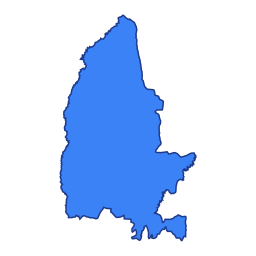 Masi-Manimba, Bandundu, Democratic Republic of the Congo (Robinson projection)
{"feature_id": "63176286B37254158064276", "entity_name": "Masi-Manimba", "entity_type": "district", "adm_level": 2, "iso_a3": "COD", "parent_name": "Democratic Republic of the Congo", "parent_adm1": "Bandundu", "projection": "robinson", "projection_center": [18.055, -5.013], "detail": "fine", "context": "isolated", "style": "filled", "palette": "blue", "viewbox_px": 256, "rotation_deg": 0, "n_neighbors": 0, "source": "geoboundaries", "source_scale": "gbopen_adm2", "svg_char_len": 5815}
<svg xmlns="http://www.w3.org/2000/svg" viewBox="0 0 256 256"><path d="M100.8,38.3L100.4,39.6L98.3,40.8L97.6,41.8L95.3,42.5L94.5,45.0L92.1,47.0L91.5,46.9L91.0,47.4L89.7,46.6L88.9,48.2L87.5,47.6L87.0,51.1L86.1,50.1L85.8,51.8L84.8,52.8L85.0,53.8L83.7,56.2L82.8,54.9L82.3,55.2L82.3,57.4L83.4,57.7L82.4,58.7L81.7,58.0L81.2,58.1L80.5,59.3L83.6,59.6L83.9,60.0L83.9,62.1L85.4,63.8L84.9,64.3L85.8,64.8L86.2,65.8L86.1,66.7L85.2,67.6L85.2,68.4L84.4,69.4L83.9,69.2L83.2,68.3L80.5,69.9L81.2,70.7L80.1,72.2L79.4,72.1L79.1,72.5L79.2,75.0L80.0,75.5L79.4,76.6L79.5,78.4L78.9,78.6L78.8,79.7L77.8,81.3L77.0,81.6L77.3,82.6L77.1,83.1L75.7,82.9L75.2,84.8L73.6,85.2L73.7,86.8L72.7,87.2L72.5,88.7L71.9,89.5L71.1,94.0L70.0,94.9L69.9,95.8L69.0,96.6L68.4,97.9L69.1,98.8L69.1,100.0L68.3,102.2L69.2,103.0L68.0,104.0L67.8,106.7L66.2,107.5L66.3,108.5L65.8,109.0L65.4,110.1L64.3,111.0L63.8,112.1L64.0,112.9L63.7,114.7L64.3,115.7L63.9,116.9L64.1,117.8L64.6,118.2L66.0,118.2L66.0,118.6L65.3,119.6L66.0,122.0L65.5,123.8L65.7,125.1L64.7,126.4L64.4,128.1L64.9,128.6L64.7,129.5L64.9,130.3L67.0,131.5L66.8,132.6L67.2,133.8L67.1,134.4L65.4,137.1L67.0,138.6L66.4,139.5L66.7,140.3L67.8,140.9L68.8,140.9L68.0,142.0L68.3,142.4L68.9,142.6L68.5,144.2L67.9,144.6L67.5,146.3L66.8,146.0L66.0,147.2L65.8,148.9L65.0,149.7L64.9,150.6L62.9,152.1L62.8,152.6L63.2,153.5L61.8,155.7L62.5,156.8L61.6,156.9L61.6,158.3L61.3,158.8L61.6,159.5L61.1,160.8L61.7,162.4L61.7,163.0L61.2,163.5L61.7,164.1L61.3,166.6L61.5,169.3L61.2,170.9L60.7,171.1L60.3,173.8L61.0,175.1L60.2,176.9L61.3,179.8L60.9,181.4L60.4,181.9L61.3,182.8L61.4,183.5L62.4,184.2L61.5,185.3L61.2,186.2L61.0,187.1L61.2,188.7L62.2,189.3L62.1,190.3L62.9,191.9L64.7,192.6L64.9,193.6L65.6,193.6L65.4,194.3L66.1,194.4L66.9,195.9L67.7,196.7L66.4,199.4L66.6,199.9L66.2,202.1L66.5,203.8L65.5,205.6L66.1,206.1L65.9,208.0L66.2,209.3L65.7,211.6L66.5,213.4L68.4,215.4L68.6,216.5L68.4,217.6L72.2,217.6L72.9,217.2L75.2,217.0L75.9,215.7L76.7,215.5L76.9,216.1L78.0,216.5L78.7,216.2L79.9,219.1L82.5,216.3L84.1,215.7L84.8,215.8L86.3,216.8L87.7,216.9L90.3,217.8L92.7,217.7L96.0,218.8L97.4,218.3L97.9,217.7L100.2,212.5L103.1,208.7L103.6,207.4L106.7,208.4L110.8,208.7L111.2,209.0L110.8,209.8L110.9,212.2L111.8,212.6L115.8,217.0L116.6,217.4L119.1,217.3L120.8,216.9L123.9,215.4L124.3,218.9L130.1,219.1L131.2,219.6L130.9,222.0L133.9,223.3L134.2,224.5L134.2,225.4L132.0,228.7L132.0,231.3L132.6,232.1L135.4,229.7L136.0,230.3L136.5,232.0L136.5,234.2L136.0,235.1L133.9,236.4L131.7,237.3L131.7,237.8L132.5,238.8L136.5,238.3L139.2,240.2L140.3,239.9L141.3,237.6L141.1,236.9L141.6,236.0L141.5,235.7L141.0,236.0L140.9,235.5L141.2,234.4L141.8,233.7L141.6,232.9L142.1,231.8L141.8,231.1L143.2,230.4L144.2,228.2L143.9,227.1L144.7,226.9L145.3,225.9L146.1,225.6L147.1,227.4L148.1,230.5L148.6,232.9L148.4,237.3L149.0,238.5L150.7,237.3L151.3,235.2L151.9,234.7L152.5,235.5L151.9,237.9L153.1,238.4L154.1,238.4L155.8,237.6L156.6,236.8L157.3,234.2L159.5,233.9L160.4,231.6L162.5,229.2L164.2,229.4L165.3,227.1L165.8,226.9L166.7,230.5L167.6,231.3L171.4,231.5L173.1,234.0L175.0,235.1L175.3,236.2L176.4,238.0L179.7,238.0L181.5,240.6L182.0,240.5L183.7,236.8L184.2,236.3L185.6,236.7L185.7,230.8L186.2,230.1L185.7,228.5L186.1,225.6L185.5,224.0L185.4,221.1L186.0,218.8L185.9,216.9L185.5,216.4L181.9,216.7L179.4,215.3L177.9,215.0L177.4,215.7L174.6,217.0L173.0,218.5L169.9,219.4L165.2,219.3L163.6,222.1L162.8,222.5L162.3,222.0L161.7,218.5L160.4,215.5L157.5,213.9L154.6,213.1L155.2,212.6L156.1,212.7L155.8,211.9L156.0,211.5L157.3,210.7L157.5,208.1L157.2,207.6L158.5,206.9L159.5,205.0L158.3,204.6L159.2,204.1L159.7,201.5L160.5,202.0L160.4,201.0L161.4,201.3L161.6,200.1L162.5,200.0L161.9,199.4L162.1,198.8L161.9,197.9L162.6,198.0L162.7,196.3L163.5,196.4L163.7,196.1L163.0,195.5L163.7,194.9L163.5,194.4L162.8,194.5L162.5,194.1L163.7,193.2L162.6,192.3L163.5,192.0L164.2,192.8L164.9,193.0L164.9,192.0L165.5,190.9L166.1,190.8L166.0,190.1L166.3,189.7L168.6,190.3L169.5,192.3L171.0,193.6L173.3,193.5L175.5,192.4L175.9,191.0L176.1,186.3L177.1,182.1L178.1,180.6L180.0,179.4L181.5,179.8L182.0,179.5L182.7,179.5L183.0,180.3L183.6,179.7L183.1,178.5L183.9,176.8L183.2,175.8L183.6,173.4L182.7,171.0L184.0,169.1L184.4,169.0L184.6,170.6L185.7,170.8L185.9,169.6L186.9,170.3L187.9,169.9L188.1,169.2L187.1,168.1L187.5,166.6L188.6,167.7L189.1,167.5L189.7,166.8L190.3,166.9L190.4,165.0L191.1,165.7L191.5,165.2L192.2,165.8L192.8,164.9L193.7,164.4L193.6,163.8L192.5,164.1L192.5,163.5L193.2,162.7L192.4,161.8L193.1,161.0L194.4,160.8L194.6,159.8L195.0,159.7L195.1,159.2L194.3,158.8L194.0,158.2L194.7,157.2L195.5,157.7L195.8,157.4L195.8,155.8L195.2,154.9L194.5,154.8L194.2,153.1L192.2,153.0L190.6,153.4L186.6,155.5L181.7,157.0L180.6,157.0L177.2,153.6L175.2,152.7L173.6,152.7L169.8,153.9L168.7,153.9L167.1,151.8L161.1,152.6L156.7,152.5L155.7,151.9L155.8,150.1L156.8,149.2L158.4,146.6L160.7,144.4L161.0,142.6L159.9,139.2L160.0,138.5L159.1,135.0L159.6,132.9L159.2,131.5L159.1,126.3L160.3,123.7L160.6,121.9L160.5,120.5L159.8,119.1L159.0,115.2L158.1,114.0L155.4,112.5L155.1,111.7L156.3,110.5L157.4,109.9L162.3,109.9L163.0,105.9L163.3,101.5L162.8,100.8L159.6,99.3L158.9,97.0L158.2,96.1L155.1,95.2L154.4,91.1L153.8,90.0L153.1,89.7L147.2,89.2L144.6,86.5L143.1,80.6L142.0,79.6L142.2,75.6L141.9,71.2L141.4,70.4L140.6,63.6L140.1,62.0L140.2,60.9L139.3,58.2L139.4,57.5L138.9,56.8L137.7,50.1L137.2,49.1L137.1,46.3L136.5,43.1L136.9,41.5L136.7,39.4L135.9,37.2L136.3,35.9L135.9,34.5L136.8,29.8L136.1,26.5L134.4,22.6L129.7,19.1L129.3,19.6L128.7,19.4L126.5,18.3L123.5,15.4L122.5,15.4L121.7,16.5L118.5,17.6L118.2,18.0L118.7,20.6L118.4,21.6L119.0,22.8L116.3,23.7L116.2,24.1L116.9,25.8L114.6,26.3L111.2,28.7L109.9,31.6L109.4,31.5L109.0,30.7L108.4,31.4L107.4,34.3L107.1,34.4L106.5,33.1L105.4,33.6L105.1,34.3L105.5,35.7L105.2,36.6L103.5,38.9L101.8,39.0L100.8,38.3Z" fill="#3b82f6" stroke="#1e3a8a" stroke-width="1.5"/></svg>